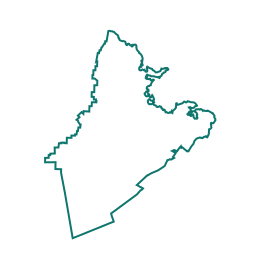 Glenorchy, Tasmania, Australia (Equal Earth projection), rotated 350°
{"feature_id": "25037944B30082174620136", "entity_name": "Glenorchy", "entity_type": "district", "adm_level": 2, "iso_a3": "AUS", "parent_name": "Australia", "parent_adm1": "Tasmania", "projection": "equal_earth", "projection_center": [147.273, -42.832], "detail": "fine", "context": "isolated", "style": "outline", "palette": "teal", "viewbox_px": 256, "rotation_deg": 350, "n_neighbors": 0, "source": "geoboundaries", "source_scale": "gbopen_adm2", "svg_char_len": 5849}
<svg xmlns="http://www.w3.org/2000/svg" viewBox="0 0 256 256"><g transform="rotate(350 128 128)"><path d="M54.4,226.9L97.7,217.7L96.7,211.7L96.6,209.2L125.4,194.9L129.2,191.8L131.2,191.0L132.3,190.1L126.8,185.7L138.7,178.0L138.9,178.2L142.7,176.7L150.4,174.9L157.5,171.8L161.2,166.6L161.4,166.8L163.8,166.0L164.8,166.6L168.2,165.5L167.2,164.4L170.7,160.9L167.5,158.3L169.7,157.7L172.3,159.4L175.0,156.7L176.6,155.4L176.5,156.3L176.9,156.8L177.8,156.1L182.2,161.3L183.1,160.9L183.6,161.3L187.2,157.1L189.7,155.0L191.2,152.3L193.2,150.7L194.6,150.1L195.7,150.1L196.8,149.8L198.3,150.2L198.4,150.6L198.8,150.6L199.4,150.9L199.9,150.5L200.7,150.5L201.3,149.9L202.0,150.0L203.3,149.6L203.6,150.3L204.4,150.9L205.8,149.2L205.7,149.1L206.6,147.7L207.6,143.4L208.5,143.3L209.6,142.8L210.2,142.0L210.2,140.6L210.5,139.8L210.3,138.9L210.5,137.6L211.0,137.4L212.4,138.1L212.8,138.1L213.3,137.8L215.5,135.4L215.4,134.7L215.6,134.2L215.2,133.5L214.8,132.2L214.9,131.8L215.3,131.3L215.2,130.6L214.2,128.8L212.8,127.6L214.0,128.5L214.1,128.3L209.7,124.8L209.4,124.7L209.1,125.0L208.8,124.9L208.4,125.0L207.8,124.7L206.9,124.6L206.0,123.9L205.4,123.8L204.8,124.2L204.2,123.1L203.4,122.2L202.7,122.0L202.3,122.3L201.7,122.3L201.6,122.1L200.9,121.7L199.5,121.7L198.5,121.4L197.8,121.7L196.5,123.4L198.1,124.8L198.5,126.6L198.3,126.7L198.4,127.2L197.7,128.0L197.9,128.9L198.2,129.6L198.2,130.1L197.5,130.7L197.3,130.3L196.9,130.2L195.9,130.5L195.3,130.4L194.4,128.1L194.7,127.3L194.4,125.9L193.8,125.9L192.8,126.4L192.6,126.9L192.2,127.1L191.8,127.0L191.2,126.2L191.7,125.5L191.8,125.1L191.2,125.2L190.5,125.8L189.1,125.3L188.9,125.0L188.9,124.8L189.2,124.3L190.0,124.0L191.2,122.6L191.6,122.6L191.8,122.9L192.1,122.8L193.1,123.9L194.0,123.4L194.4,122.9L194.2,122.9L193.6,122.2L192.8,120.9L192.6,119.5L192.1,118.9L191.6,118.6L191.5,118.3L192.9,118.2L193.8,119.2L194.8,119.6L195.6,119.6L196.7,119.3L197.6,118.4L198.7,118.2L199.6,118.2L199.8,117.9L198.6,115.4L197.2,114.2L194.4,113.5L191.7,112.1L191.3,112.0L190.4,112.8L189.9,112.9L189.2,112.7L188.8,112.3L188.8,112.1L189.2,112.1L187.8,111.8L185.9,113.1L180.9,113.8L180.5,113.6L180.5,112.8L180.3,112.1L179.7,112.2L179.1,114.9L178.9,115.3L178.8,116.3L178.2,116.7L177.7,117.3L174.9,119.1L174.3,120.9L173.7,120.3L173.3,120.3L173.4,119.6L172.5,120.7L172.7,120.1L172.4,120.1L172.0,119.7L170.9,120.3L169.5,119.9L168.6,118.9L167.8,119.0L167.8,118.2L167.2,117.2L167.3,116.6L167.0,116.3L166.0,116.6L165.4,116.2L165.2,115.6L165.4,115.2L164.5,114.5L164.6,113.8L164.3,113.1L163.8,112.9L163.8,112.6L163.4,112.6L162.9,112.0L161.1,112.5L160.4,112.3L159.9,112.1L159.8,111.4L159.1,110.6L157.6,109.8L157.1,108.9L157.1,108.0L158.2,107.4L158.0,106.8L157.1,106.8L157.0,107.8L156.3,108.4L155.0,108.6L154.3,108.5L153.9,108.2L153.2,108.3L152.6,107.7L152.1,106.3L152.2,104.8L153.3,103.5L153.9,103.4L154.6,103.6L155.1,104.8L155.8,105.2L157.8,105.2L158.6,104.7L158.5,103.1L157.8,100.5L157.5,99.9L156.1,101.7L155.0,101.5L154.5,100.6L154.8,99.9L154.9,99.4L154.5,98.2L153.8,97.7L153.8,99.1L153.7,99.4L152.9,100.0L151.9,100.1L151.3,99.8L150.7,98.6L150.3,97.6L150.4,96.8L151.3,96.4L152.4,95.2L153.5,95.0L154.1,95.6L154.7,95.2L154.8,93.7L153.3,92.7L153.3,92.2L153.7,91.1L155.2,90.2L156.1,90.4L156.5,90.0L157.9,89.8L158.0,89.0L159.2,87.4L160.5,86.1L161.7,85.4L161.8,85.1L161.6,84.8L160.8,84.8L159.0,85.1L158.3,84.3L158.3,83.5L157.4,83.2L156.7,83.4L155.6,83.0L155.4,82.1L155.0,82.3L154.9,82.7L155.1,83.1L154.5,83.3L155.0,83.1L154.7,82.8L154.7,82.3L154.6,82.2L154.9,82.1L155.1,81.7L154.3,82.0L154.5,81.8L154.3,81.2L155.4,79.4L156.0,78.8L156.5,78.9L157.1,79.7L158.9,80.2L159.4,80.6L159.7,81.1L161.9,81.4L166.2,83.2L167.7,84.2L168.2,83.6L168.0,83.0L168.6,83.0L169.7,82.5L170.3,82.1L170.7,81.1L171.3,80.4L172.5,80.2L172.9,79.6L173.7,79.6L174.9,79.0L175.0,78.7L175.0,78.1L175.4,77.7L177.2,77.8L177.9,77.2L177.3,75.9L176.5,75.6L174.7,75.4L173.9,75.8L173.0,75.6L171.7,75.9L171.4,75.9L171.1,75.5L170.1,77.2L169.6,77.6L166.4,78.2L165.1,78.1L163.3,75.8L162.5,75.4L162.2,74.9L162.1,74.1L159.4,72.6L157.6,70.9L157.3,71.1L156.9,72.7L157.1,74.6L156.7,75.6L155.8,75.8L155.2,75.6L154.9,74.6L154.3,74.2L154.3,73.5L153.5,73.7L152.4,72.9L150.8,73.5L149.7,73.2L149.2,72.5L149.4,71.0L149.8,70.3L150.2,69.9L151.2,70.3L152.0,69.8L151.8,68.8L151.5,68.2L152.0,67.5L152.3,67.6L153.0,68.4L153.4,68.4L153.4,67.9L152.8,66.4L153.0,65.6L153.4,65.5L153.4,65.2L152.8,64.6L152.8,64.2L153.0,63.9L153.9,64.0L154.5,62.0L154.3,60.0L153.7,58.1L153.0,56.9L152.4,56.5L151.9,55.9L152.1,55.4L150.9,53.5L150.3,52.2L150.2,50.1L150.5,49.3L150.5,48.6L150.3,47.7L149.7,47.1L148.1,47.3L147.6,46.9L147.3,47.3L146.9,47.2L146.9,47.9L146.6,48.4L146.0,48.4L145.0,46.9L144.5,46.8L144.0,45.8L143.3,45.1L142.4,45.2L141.9,46.1L141.5,46.2L141.1,46.0L140.5,45.3L140.4,42.9L140.0,42.3L138.8,41.7L137.2,41.4L135.2,40.1L134.7,38.8L134.9,38.4L134.8,38.1L134.5,38.1L134.2,37.3L134.2,36.6L134.4,36.0L134.2,35.1L131.8,32.4L130.9,30.9L129.9,30.6L129.7,30.3L129.2,30.0L127.9,29.8L126.8,29.1L125.5,29.1L121.9,39.0L120.7,38.6L120.0,40.8L119.5,40.6L116.1,44.3L115.8,44.2L114.6,46.8L113.5,46.5L112.5,49.2L111.3,48.8L108.2,57.1L108.6,56.9L109.3,57.0L108.3,61.8L106.7,61.5L105.9,65.5L104.0,65.1L103.0,69.8L102.2,69.7L101.5,73.1L103.8,73.5L106.0,76.1L105.1,80.5L102.3,80.1L101.0,86.8L98.5,86.4L97.6,91.0L99.8,91.4L99.3,94.0L101.4,94.3L101.2,95.7L101.6,95.8L101.3,97.2L96.9,96.4L96.0,100.2L93.8,99.8L92.7,105.1L87.2,103.7L86.5,106.3L85.1,104.3L80.8,107.1L82.1,108.9L78.8,111.0L79.9,111.9L80.1,113.6L81.2,115.7L81.3,116.4L81.9,116.5L81.0,119.3L79.3,118.8L78.1,122.3L77.3,122.1L76.2,125.4L74.8,125.1L74.5,126.3L71.0,125.6L70.6,127.8L66.1,127.0L65.0,132.4L62.6,131.8L62.7,131.3L59.8,130.8L59.7,131.5L57.4,131.0L56.1,135.1L52.4,134.5L51.5,140.4L47.0,139.8L46.7,141.2L45.2,140.9L44.7,143.6L41.2,143.0L40.4,147.4L50.7,149.1L49.4,155.8L55.0,157.0L54.3,160.3L54.6,180.4L54.4,226.9Z" fill="none" stroke="#0f766e" stroke-width="2"/></g></svg>